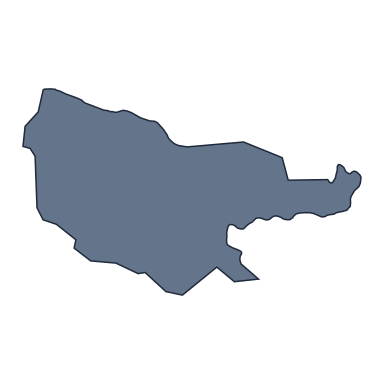 Talas, Talas, Kyrgyzstan
{"feature_id": "92254566B96256320662490", "entity_name": "Talas", "entity_type": "district", "adm_level": 2, "iso_a3": "KGZ", "parent_name": "Kyrgyzstan", "parent_adm1": "Talas", "projection": "natural_earth1", "projection_center": [73.078, 42.39], "detail": "fine", "context": "isolated", "style": "filled", "palette": "slate", "viewbox_px": 384, "rotation_deg": 0, "n_neighbors": 0, "source": "geoboundaries", "source_scale": "gbopen_adm2", "svg_char_len": 1925}
<svg xmlns="http://www.w3.org/2000/svg" viewBox="0 0 384 384"><path d="M243.5,228.9L247.1,225.3L249.8,223.3L252.4,222.0L253.4,220.8L256.2,218.2L258.6,217.8L260.9,218.1L265.7,219.9L268.7,219.7L270.2,218.8L272.1,217.2L273.7,216.2L276.9,215.9L280.7,217.2L282.9,218.7L284.9,219.4L287.8,219.8L290.1,219.6L292.8,217.6L294.1,215.6L296.4,213.8L300.1,213.0L304.0,212.7L309.9,212.7L314.0,213.6L321.6,216.9L324.8,216.7L327.4,215.2L330.4,214.6L333.7,214.2L337.0,212.5L342.8,211.4L345.1,210.7L347.1,210.0L348.8,207.8L350.2,206.5L350.6,203.0L350.4,198.6L351.6,195.5L354.4,190.8L358.8,186.7L360.3,183.3L361.0,177.4L360.1,175.2L356.7,172.0L354.7,171.2L353.2,171.4L351.4,172.5L350.6,173.6L348.8,173.6L347.1,172.5L345.8,171.6L343.8,167.5L342.1,166.0L340.0,164.7L338.4,164.7L337.7,165.5L337.3,166.8L337.3,168.9L337.1,170.9L336.2,174.1L335.4,177.9L334.1,180.0L332.9,182.1L331.7,182.8L330.5,182.9L329.3,182.0L327.7,179.6L288.2,180.2L282.2,157.7L243.6,142.0L187.3,146.9L178.4,145.5L174.9,144.0L172.9,142.6L169.2,139.1L167.8,136.9L167.4,135.4L163.8,129.9L157.5,122.8L154.8,121.3L149.6,120.9L140.5,117.8L131.5,112.7L127.2,111.0L123.1,110.3L116.7,112.3L114.6,112.2L112.4,111.6L109.7,111.6L108.5,110.8L103.4,110.0L94.6,106.6L85.0,103.0L82.6,101.2L82.0,100.3L77.2,98.1L66.1,94.1L59.8,91.1L56.1,90.1L55.6,89.4L51.1,88.9L44.6,89.1L43.2,89.8L38.2,112.0L25.1,126.3L23.0,146.4L30.1,148.4L35.1,156.2L37.0,207.8L43.1,219.8L56.4,224.3L75.9,239.8L74.1,248.1L90.7,260.9L115.9,263.1L138.1,273.6L145.1,272.5L165.9,291.6L182.4,295.1L216.8,267.1L234.4,281.7L258.5,279.1L247.1,269.2L242.5,265.2L241.0,263.8L239.8,259.9L240.1,256.5L240.8,255.0L241.5,253.9L241.6,252.4L240.6,251.2L237.9,249.8L233.1,248.0L232.4,247.7L229.8,246.3L228.1,245.3L226.9,243.8L226.6,241.2L226.6,239.5L226.9,236.4L226.7,232.8L227.2,229.8L228.4,225.7L229.9,224.6L231.2,224.6L233.8,225.0L235.2,226.1L237.4,228.0L240.2,228.9L243.5,228.9Z" fill="#64748b" stroke="#1e293b" stroke-width="1.5"/></svg>